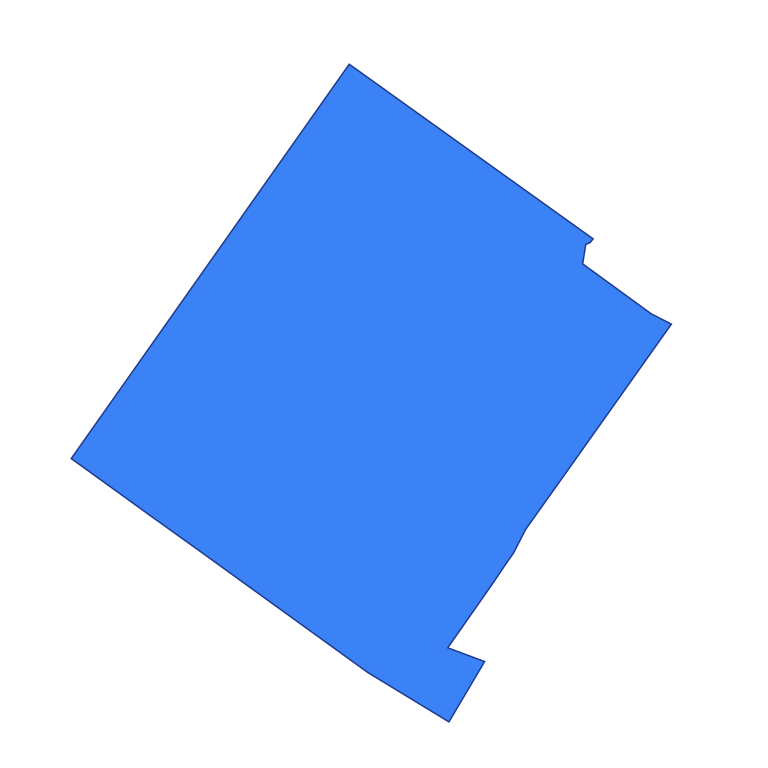 Warren, Ohio, United States of America (Mercator projection), rotated 211°
{"feature_id": "52423323B78802175284896", "entity_name": "Warren", "entity_type": "district", "adm_level": 2, "iso_a3": "USA", "parent_name": "United States of America", "parent_adm1": "Ohio", "projection": "mercator", "projection_center": [-84.252, 39.422], "detail": "fine", "context": "isolated", "style": "filled", "palette": "blue", "viewbox_px": 768, "rotation_deg": 211, "n_neighbors": 0, "source": "geoboundaries", "source_scale": "gbopen_adm2", "svg_char_len": 411}
<svg xmlns="http://www.w3.org/2000/svg" viewBox="0 0 768 768"><g transform="rotate(211 384 384)"><path d="M451.4,145.5L248.8,128.3L154.3,127.8L154.8,197.9L193.5,190.7L188.0,270.3L186.9,292.2L185.9,305.8L187.7,332.3L182.5,399.4L168.5,583.3L191.1,581.8L275.6,589.3L282.9,607.5L280.1,611.6L279.5,616.1L578.5,640.2L613.7,159.0L519.2,151.0L451.4,145.5Z" fill="#3b82f6" stroke="#1e3a8a" stroke-width="1.5"/></g></svg>